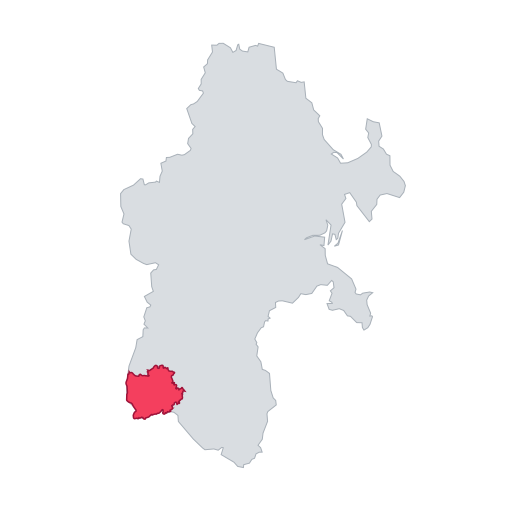 Volyn highlighted on a map of Ukraine, rotated 276°
{"feature_id": "UKR-318", "entity_name": "Volyn", "entity_type": "Region", "adm_level": 1, "iso_a3": "UKR", "parent_name": "Ukraine", "parent_adm1": "", "projection": "albers", "projection_center": [25.131, 51.122], "detail": "fine", "context": "in_parent", "style": "filled", "palette": "rose", "viewbox_px": 512, "rotation_deg": 276, "n_neighbors": 0, "source": "natural_earth", "source_scale": "10m", "svg_char_len": 8928}
<svg xmlns="http://www.w3.org/2000/svg" viewBox="0 0 512 512"><g transform="rotate(276 256 256)"><path d="M363.7,347.1L370.9,355.3L376.5,359.2L379.0,359.1L385.5,354.8L390.1,355.2L393.6,351.8L404.1,352.3L401.8,358.5L401.3,364.6L388.4,368.7L383.1,366.0L378.0,366.9L375.7,371.5L370.9,375.1L369.7,378.7L360.3,379.8L354.4,383.6L350.4,390.7L345.6,395.4L341.6,397.2L334.9,396.3L329.1,392.7L331.8,379.7L329.6,373.1L325.1,370.4L319.9,370.7L312.5,366.0L304.9,367.5L302.0,365.1L316.6,351.1L320.0,350.2L328.8,342.6L326.5,337.6L322.6,339.4L316.5,335.8L298.8,341.0L287.3,335.7L282.1,335.5L280.7,334.1L285.8,332.2L286.0,329.8L278.6,329.0L274.4,326.4L294.6,327.4L299.4,321.8L294.1,324.2L288.4,323.6L286.2,322.1L283.3,317.3L282.5,310.3L279.4,304.3L277.3,302.5L282.0,312.3L281.9,322.3L273.5,322.5L273.9,318.4L270.5,324.0L263.9,324.8L255.7,328.0L253.1,338.4L243.2,353.5L233.5,358.9L230.1,358.3L228.7,359.6L228.3,364.0L230.2,366.0L232.1,372.9L231.7,375.9L228.0,372.2L223.7,370.7L219.2,371.6L211.1,376.0L208.2,375.5L208.6,377.5L207.8,378.2L199.9,376.5L196.4,374.7L193.6,371.1L196.0,369.3L200.7,368.4L200.3,363.1L205.9,356.2L206.0,353.2L211.0,348.9L212.3,344.3L210.0,337.7L210.6,334.3L216.1,331.6L216.8,336.8L218.0,336.2L219.1,333.5L226.9,335.5L229.1,333.6L232.6,336.9L238.4,335.5L239.6,333.8L234.3,330.0L234.3,323.4L232.4,319.7L224.6,315.4L222.8,309.6L223.2,304.5L219.3,302.6L212.9,297.2L214.2,286.9L213.6,283.1L211.8,280.2L206.9,281.0L203.0,275.1L197.2,274.3L195.7,276.5L194.6,274.6L192.6,274.7L192.7,272.3L191.3,271.4L186.4,270.9L185.2,268.7L179.8,265.5L173.3,263.5L169.9,265.9L168.3,265.3L165.8,267.6L156.7,267.2L151.3,271.9L143.9,274.1L143.2,277.3L140.6,281.7L123.8,284.8L116.7,287.9L114.4,290.7L110.0,291.7L102.5,284.0L100.2,283.4L92.8,284.8L80.6,281.5L74.4,281.4L68.0,277.8L65.9,280.6L61.6,282.6L61.2,279.7L59.2,276.7L54.7,275.7L53.3,273.1L49.3,271.1L47.2,265.6L44.3,265.6L44.8,259.8L48.6,255.7L54.8,242.1L61.9,243.5L62.1,242.0L58.9,238.7L59.7,234.3L58.0,225.5L59.4,223.1L67.4,212.8L83.3,196.1L89.3,195.0L92.0,190.7L92.2,187.6L89.6,181.5L92.6,179.4L92.3,178.4L89.9,176.0L87.2,169.3L82.9,162.6L83.3,159.6L81.7,155.1L81.9,151.8L86.0,150.9L89.5,152.9L93.4,150.1L98.7,142.8L114.3,140.7L133.3,141.2L152.2,146.0L160.4,146.5L164.0,151.9L170.8,151.5L172.8,152.5L173.1,155.9L176.5,151.7L179.9,152.7L183.7,150.8L193.1,152.8L194.3,155.8L196.2,156.5L198.7,152.6L204.1,149.2L210.1,157.6L214.6,155.5L228.0,153.1L231.5,155.6L232.2,158.3L237.1,160.1L238.8,156.7L236.0,148.2L236.9,144.8L240.1,137.2L244.7,131.4L257.5,128.1L269.7,129.1L273.0,126.4L274.2,120.6L275.7,119.2L284.0,120.3L291.1,116.4L303.9,114.8L308.3,117.7L313.7,126.8L320.8,133.1L320.7,135.5L315.2,137.5L315.2,138.7L317.5,141.7L319.0,148.4L320.1,149.1L319.1,152.3L325.3,152.2L330.6,153.9L338.3,151.7L341.0,156.5L344.6,156.6L345.1,159.9L349.0,167.4L348.5,171.7L349.3,174.2L354.2,179.7L356.2,180.2L360.6,176.3L365.9,176.6L370.9,180.4L375.3,179.8L378.4,181.9L381.1,178.4L395.4,171.7L399.7,175.4L400.7,178.0L403.5,181.4L412.5,186.7L414.6,185.6L414.8,182.4L416.5,181.1L421.4,183.5L425.9,183.0L432.9,186.4L438.5,184.2L442.2,187.6L446.0,187.4L454.3,191.4L461.1,189.9L461.6,195.1L463.6,197.0L464.1,201.2L460.4,208.8L456.1,211.7L458.3,214.7L464.2,215.8L464.8,216.7L460.0,218.2L458.4,221.1L458.1,226.5L462.9,227.3L465.4,233.5L464.9,235.7L467.7,236.4L465.5,252.3L443.9,256.8L440.7,263.6L434.6,266.8L433.0,268.9L432.5,277.7L434.6,278.9L433.4,282.8L434.2,285.7L418.1,289.1L414.2,295.5L407.3,298.1L402.1,304.8L399.2,303.5L396.1,304.0L389.9,308.8L383.6,309.4L379.0,311.6L369.8,321.7L366.0,329.9L361.6,332.8L367.3,325.8L367.2,322.5L365.3,320.2L362.0,326.9L357.1,330.4L358.3,337.5L363.7,347.1ZM290.4,339.3L275.6,336.9L273.9,332.9L277.4,336.2L290.4,339.3Z" fill="#d9dde1" stroke="#a8b0b8" stroke-width="1"/><path d="M116.9,140.0L120.7,141.0L125.0,141.0L125.1,141.7L125.3,141.8L127.4,142.0L127.5,142.0L127.0,142.4L126.9,142.6L126.8,142.9L126.8,143.2L126.9,143.4L127.1,144.2L127.1,144.3L127.0,144.7L126.8,145.2L126.5,145.6L126.3,145.8L125.6,146.5L124.5,148.0L124.3,148.4L124.2,149.0L124.1,149.7L124.1,150.3L124.1,151.0L124.1,151.5L124.2,151.9L124.3,152.0L124.5,152.1L124.8,152.1L125.3,152.1L125.4,152.5L125.5,152.6L126.0,152.8L126.3,153.1L126.3,153.3L126.2,153.5L126.0,153.9L125.9,154.1L125.5,154.4L125.4,154.6L125.3,154.8L125.2,155.0L125.1,155.7L125.1,155.9L125.2,156.2L125.4,157.2L125.5,157.6L125.5,157.9L125.4,158.5L125.3,159.0L125.4,159.3L125.4,159.7L125.2,161.2L125.3,161.5L125.4,161.8L125.6,162.0L125.9,162.1L126.0,162.0L126.1,161.8L126.3,161.4L126.4,161.2L126.7,161.0L127.0,160.9L127.5,160.8L127.8,160.8L128.3,161.0L128.5,161.0L128.7,160.9L128.9,160.7L129.2,160.2L129.3,160.1L129.5,160.1L129.6,160.4L129.8,160.6L130.0,160.7L130.4,160.7L130.7,160.6L131.2,160.2L131.2,160.3L131.2,160.6L131.0,161.4L130.9,161.8L130.9,162.1L131.0,162.2L131.1,162.4L131.2,162.6L131.9,163.0L132.0,163.1L132.1,163.6L132.2,163.8L132.3,163.9L133.0,164.4L133.4,165.0L133.5,165.2L133.7,165.4L135.4,166.2L136.6,167.3L136.7,167.7L136.7,168.2L136.7,168.4L136.6,168.7L136.4,169.0L136.0,169.4L134.4,169.8L134.2,170.1L134.1,171.1L134.2,171.3L134.9,171.6L135.1,171.6L135.4,171.4L135.6,171.3L135.9,171.3L136.1,171.4L136.3,171.5L136.7,172.0L137.0,172.6L137.1,172.8L137.2,173.2L137.4,173.5L137.5,173.7L137.5,174.4L137.5,174.6L137.4,174.8L137.1,175.0L136.7,175.2L135.1,175.4L135.0,175.5L134.9,175.6L134.8,175.9L134.8,176.1L135.4,176.5L135.7,176.9L135.7,177.0L135.7,177.3L135.7,177.5L135.0,178.4L134.7,178.8L134.7,179.0L134.8,179.3L135.3,179.5L135.5,179.6L135.5,179.8L135.4,180.1L135.2,180.2L134.4,180.1L134.2,180.2L134.0,180.3L133.0,181.1L132.8,181.3L132.6,181.4L132.5,181.7L132.5,181.9L132.4,183.5L132.6,184.4L132.6,184.7L132.5,184.8L132.5,185.0L132.3,185.2L132.2,185.4L132.1,185.7L132.0,185.8L131.8,187.0L131.7,187.1L131.4,187.2L131.1,187.1L130.9,187.0L130.4,186.5L130.1,186.3L129.1,186.1L128.9,185.9L128.9,185.7L128.4,185.0L128.1,184.6L127.7,184.5L126.5,184.5L126.0,184.8L125.5,185.1L124.7,185.6L123.9,185.9L123.2,186.3L122.8,186.4L122.2,186.3L121.7,186.1L121.5,185.9L121.1,185.6L120.9,185.8L121.0,185.9L121.1,186.3L121.0,186.6L120.8,186.8L120.8,187.1L120.9,187.3L121.4,187.7L121.5,187.7L121.5,187.8L121.5,188.0L121.3,188.0L121.1,188.0L119.5,187.8L119.4,187.9L119.3,188.0L119.3,188.4L119.6,188.9L119.7,189.1L119.7,189.4L119.7,189.7L119.7,189.9L119.7,190.0L119.3,190.4L119.0,190.6L117.2,190.4L116.2,190.1L115.9,190.1L115.6,190.5L115.5,190.8L115.6,191.0L116.4,191.6L116.6,191.9L116.6,192.0L116.2,192.7L116.1,193.0L115.9,193.1L115.7,193.2L115.1,193.2L114.9,193.2L114.9,193.3L114.9,193.5L115.0,193.6L115.5,194.0L115.8,194.3L116.0,194.6L116.6,195.6L116.8,195.7L117.2,195.8L117.3,195.9L117.4,196.0L117.4,196.4L117.2,196.6L116.9,196.8L116.5,196.9L116.3,197.1L116.1,197.4L115.6,198.0L114.2,199.3L114.3,198.3L114.2,197.9L114.1,197.7L113.8,197.4L113.6,197.4L112.9,197.5L112.4,197.3L111.7,196.8L111.4,196.7L111.2,196.6L111.1,196.9L111.2,197.3L110.7,197.4L109.3,197.2L108.8,197.3L108.5,197.4L108.1,197.6L107.9,197.6L107.6,197.7L106.4,197.6L106.2,197.5L106.0,197.3L106.0,197.2L106.0,196.8L105.9,196.6L105.6,196.4L104.7,195.8L104.5,195.6L104.5,195.2L104.4,195.0L104.2,194.9L103.4,194.9L103.1,194.8L103.0,194.4L102.8,194.2L102.7,194.1L102.4,194.3L102.4,194.5L102.4,194.9L102.3,195.1L102.2,195.2L102.0,195.3L101.7,195.3L101.5,195.2L101.4,195.1L101.5,194.5L101.4,194.2L100.4,193.3L100.3,193.1L100.2,193.0L100.3,192.9L100.5,192.7L101.7,192.4L101.9,192.3L102.0,192.1L102.2,191.9L102.3,191.7L102.2,191.3L102.1,191.1L101.4,190.3L101.2,190.1L100.9,190.1L100.4,190.2L100.2,190.2L99.9,190.1L99.2,189.5L99.2,189.4L99.2,189.2L99.2,188.9L99.1,188.7L98.7,188.3L98.4,188.1L98.2,187.9L97.9,188.0L97.7,188.1L97.6,188.4L97.3,188.6L96.8,188.6L96.5,188.7L96.3,188.8L95.9,188.9L95.9,189.1L95.7,188.9L95.2,188.8L95.0,188.6L94.8,188.4L94.6,188.0L94.5,187.8L94.1,187.6L93.9,187.5L93.8,186.8L93.5,186.6L93.2,186.7L92.9,186.7L92.7,186.9L92.5,187.1L91.9,185.7L91.8,185.0L91.9,184.2L91.3,184.0L90.7,183.6L90.4,183.1L90.7,182.4L90.7,182.2L90.1,182.1L89.5,181.9L89.2,181.4L89.2,180.7L89.5,180.1L90.0,179.7L90.6,179.6L91.2,180.0L91.7,179.8L92.4,179.8L93.1,179.7L93.4,179.0L93.1,178.6L91.3,177.5L89.7,176.1L89.4,175.5L89.3,175.0L89.3,174.7L89.2,174.4L89.0,174.0L88.7,173.8L88.4,173.7L88.4,173.3L88.4,173.1L88.1,171.6L87.9,171.1L87.4,170.2L87.0,169.4L87.1,169.1L87.5,168.9L87.3,168.5L86.2,167.4L85.1,166.6L84.6,166.0L83.4,163.2L83.0,163.0L82.6,163.0L82.2,162.8L82.1,162.0L82.2,161.5L82.6,161.0L83.0,160.6L83.4,160.4L83.2,160.0L83.3,159.6L83.4,159.3L83.7,159.2L83.5,158.8L82.6,157.4L82.6,157.2L83.0,156.5L82.7,156.3L82.3,156.1L81.9,155.9L81.8,155.4L81.7,155.1L81.9,155.3L82.1,155.2L82.3,154.7L82.2,154.3L81.6,152.6L81.5,152.3L81.5,152.0L81.8,151.5L82.1,151.3L82.3,151.1L84.5,150.6L85.0,150.6L86.6,151.1L87.1,151.2L88.0,151.6L88.6,152.4L89.3,153.0L90.2,152.8L93.5,149.9L96.1,148.2L96.7,147.3L97.3,145.0L97.6,144.3L98.4,143.1L98.9,142.6L99.4,142.4L104.9,142.0L106.2,142.4L106.7,142.4L112.9,141.4L114.9,140.3L115.9,140.0L116.9,140.0Z" fill="#f43f5e" stroke="#9f1239" stroke-width="1.5"/></g></svg>